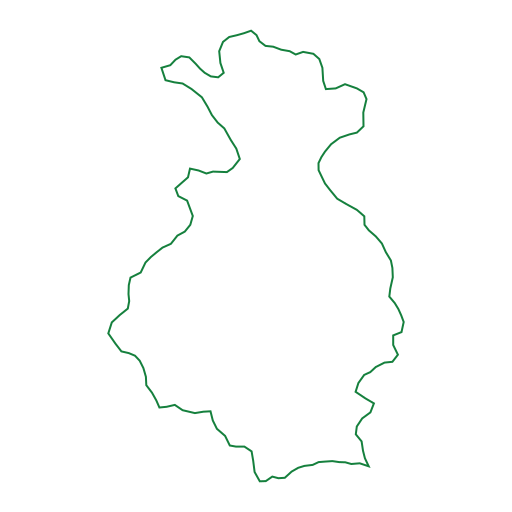 the district of Careaçu, Minas Gerais, Brazil
{"feature_id": "56859067B66204564146024", "entity_name": "Careaçu", "entity_type": "district", "adm_level": 2, "iso_a3": "BRA", "parent_name": "Brazil", "parent_adm1": "Minas Gerais", "projection": "robinson", "projection_center": [-45.665, -22.072], "detail": "fine", "context": "isolated", "style": "outline", "palette": "green", "viewbox_px": 512, "rotation_deg": 0, "n_neighbors": 0, "source": "geoboundaries", "source_scale": "gbopen_adm2", "svg_char_len": 2138}
<svg xmlns="http://www.w3.org/2000/svg" viewBox="0 0 512 512"><path d="M363.5,126.3L363.3,112.5L366.5,99.1L363.6,92.3L356.9,88.4L345.0,84.2L335.7,88.4L325.9,89.1L323.2,80.9L322.4,67.8L319.3,59.0L313.4,53.8L303.1,51.9L295.7,54.5L289.7,51.2L281.2,49.7L273.2,46.7L265.5,45.9L259.4,41.2L256.5,35.1L251.1,30.7L244.0,33.2L236.9,35.2L229.2,37.0L223.0,41.9L219.2,51.2L220.4,63.0L223.7,72.8L218.2,77.3L210.8,76.4L204.7,72.8L200.0,68.6L195.7,63.8L189.3,57.4L181.2,56.2L175.5,59.7L170.3,65.2L161.4,67.8L165.5,80.2L174.2,82.3L182.6,83.5L191.5,89.0L201.9,97.3L207.6,106.8L211.9,115.1L217.7,122.6L224.3,128.4L230.8,140.0L236.3,148.6L239.8,159.0L232.7,168.0L226.9,172.1L213.0,171.6L206.4,173.5L198.6,170.5L190.0,168.6L188.0,177.3L175.4,188.4L178.3,196.1L187.1,200.6L192.8,216.0L190.3,224.8L184.8,231.6L177.4,235.6L170.9,243.8L162.5,247.6L156.8,252.1L151.0,256.9L145.5,262.5L140.7,272.5L130.5,277.6L128.8,285.1L128.5,294.1L129.2,301.1L127.8,308.6L119.9,314.9L111.8,322.4L108.3,333.4L115.4,343.6L121.4,351.4L128.8,353.1L135.0,355.7L139.7,360.7L143.4,368.1L145.9,376.8L146.3,385.2L152.0,392.7L156.3,400.4L159.4,407.5L166.6,406.8L174.8,404.9L182.6,410.2L194.9,413.1L203.4,411.7L210.5,411.3L212.8,420.5L216.9,428.8L225.1,435.9L229.8,445.5L236.0,446.6L244.4,446.6L251.6,451.4L253.2,460.8L254.6,472.0L259.8,481.3L265.8,481.1L272.3,476.6L278.4,478.2L284.8,477.8L291.6,471.6L298.2,467.8L304.4,465.9L312.7,464.9L318.6,462.1L324.9,461.6L332.4,461.1L339.2,462.1L345.3,462.3L351.3,464.0L359.7,463.3L368.7,466.3L364.9,458.2L363.0,450.7L361.6,441.4L355.8,434.3L356.8,426.5L362.2,418.4L370.4,412.4L373.9,403.4L365.1,398.2L355.6,391.8L358.4,383.0L364.2,374.9L370.3,372.1L375.8,367.0L384.5,362.6L392.4,361.8L397.9,354.7L393.2,345.0L393.2,335.4L401.5,332.1L403.7,322.0L401.2,315.3L398.3,308.9L394.7,303.0L389.3,296.6L390.3,288.5L392.8,277.3L392.4,268.0L390.9,260.5L385.8,252.1L381.9,243.5L375.8,236.4L368.8,230.3L364.5,224.8L364.3,216.3L356.9,209.9L346.2,204.0L337.2,198.7L330.2,190.2L325.0,183.5L322.0,177.3L318.6,170.2L318.5,163.1L321.4,157.1L325.0,151.6L331.1,144.2L339.8,137.7L349.5,134.4L356.9,132.6L363.5,126.3Z" fill="none" stroke="#15803d" stroke-width="2"/></svg>